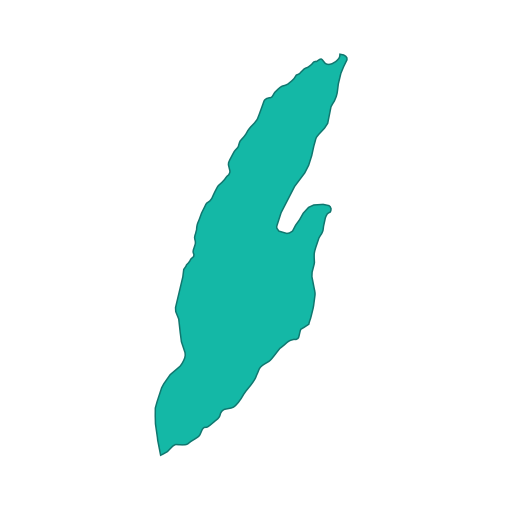 the district of Nuevo San Carlos, Retalhuleu, Guatemala, rotated 13°
{"feature_id": "79465075B2823208304542", "entity_name": "Nuevo San Carlos", "entity_type": "district", "adm_level": 2, "iso_a3": "GTM", "parent_name": "Guatemala", "parent_adm1": "Retalhuleu", "projection": "equal_earth", "projection_center": [-91.689, 14.629], "detail": "fine", "context": "isolated", "style": "filled", "palette": "teal", "viewbox_px": 512, "rotation_deg": 13, "n_neighbors": 0, "source": "geoboundaries", "source_scale": "gbopen_adm2", "svg_char_len": 4042}
<svg xmlns="http://www.w3.org/2000/svg" viewBox="0 0 512 512"><g transform="rotate(13 256 256)"><path d="M211.5,179.1L211.7,180.7L211.1,183.2L210.4,184.0L209.7,185.0L209.0,186.5L208.1,188.7L206.2,192.0L203.8,195.4L203.1,196.7L202.6,198.4L201.6,202.2L200.9,205.3L200.0,209.8L199.3,211.4L198.6,212.8L197.8,213.7L197.0,214.6L196.2,215.4L195.5,217.0L195.2,218.5L193.3,226.5L192.6,232.3L192.2,234.9L191.9,236.4L191.7,238.3L191.7,239.7L191.8,241.4L192.0,242.7L192.2,243.9L192.1,245.6L192.1,247.6L191.9,249.5L192.0,251.8L192.8,253.8L193.5,255.1L194.1,257.1L194.1,258.8L193.6,264.1L193.7,265.7L194.1,266.9L195.2,268.5L195.4,270.5L194.5,271.8L193.8,272.7L193.1,273.9L192.8,275.4L191.7,278.0L190.9,279.3L190.3,280.3L190.0,281.9L188.6,285.3L189.4,292.8L189.2,324.4L190.3,328.2L194.9,334.8L199.3,347.4L202.6,356.3L208.6,366.1L209.4,368.7L209.5,371.3L209.0,374.2L208.2,377.2L206.9,380.4L199.1,390.9L194.9,401.3L193.7,405.7L192.4,420.2L192.1,426.8L193.8,434.5L195.8,442.2L200.8,455.1L201.7,457.7L207.9,471.6L210.1,469.8L213.7,466.5L215.3,463.8L217.5,460.2L219.1,458.5L219.9,457.9L220.8,457.6L222.3,457.4L223.4,457.2L224.9,456.9L226.7,456.6L228.1,456.2L229.5,455.8L230.4,455.4L231.7,454.5L232.5,453.5L234.2,451.4L239.3,446.3L240.7,444.7L241.5,443.0L242.0,440.6L242.2,439.4L242.7,436.9L243.5,435.4L244.3,434.6L245.7,434.2L246.6,433.9L247.7,433.0L248.4,432.2L249.2,431.3L253.2,426.0L255.4,423.2L256.4,421.1L256.7,419.8L256.8,418.1L256.9,416.9L257.6,415.0L258.6,413.6L259.6,412.6L261.3,411.8L266.0,409.7L267.8,408.5L268.6,407.7L269.7,406.3L270.5,404.9L271.8,402.5L272.5,400.8L273.6,398.2L275.1,393.5L276.0,391.3L276.6,389.8L279.8,383.3L281.4,379.6L282.5,376.5L283.0,374.7L283.3,372.4L283.9,369.4L284.3,366.8L284.6,365.2L285.3,363.4L286.3,361.9L287.1,360.9L288.6,359.3L292.3,355.8L293.4,354.3L294.5,352.4L296.1,349.1L298.4,344.1L300.0,340.7L301.2,339.3L303.7,336.1L305.5,333.5L306.4,332.4L307.9,330.9L309.1,330.1L311.7,328.7L313.0,328.5L314.0,328.2L315.3,327.0L315.8,326.0L315.9,324.4L315.9,323.1L315.9,319.4L316.1,317.4L317.2,316.3L318.7,314.9L322.8,310.6L322.8,308.8L323.0,306.4L323.2,304.6L323.3,301.4L323.4,294.3L323.3,291.5L323.1,289.4L322.3,281.1L322.1,279.9L321.8,278.7L320.9,276.4L320.3,275.2L317.5,268.9L315.8,265.1L315.1,263.5L314.3,259.1L314.5,251.1L314.4,249.2L313.8,247.1L313.0,244.3L312.5,242.1L312.2,240.6L312.1,238.6L312.1,237.3L312.2,235.8L312.3,234.1L313.1,226.0L313.2,224.6L313.7,222.8L314.4,220.8L314.9,219.6L315.2,218.2L315.5,216.3L315.4,214.4L315.2,212.8L315.1,211.5L315.0,203.2L315.3,201.3L315.9,199.1L316.9,197.8L318.5,196.4L318.7,194.9L318.5,193.1L317.2,191.3L315.7,190.5L309.8,190.6L300.8,193.3L296.3,196.8L292.4,203.7L290.3,210.8L287.7,217.0L286.0,223.5L283.5,226.0L281.0,227.1L274.3,226.7L272.7,226.6L270.0,224.2L269.5,222.4L270.7,208.1L278.0,179.4L284.8,164.1L286.9,155.7L287.7,145.7L287.6,135.8L287.8,131.5L287.9,128.2L288.3,126.4L289.8,123.3L294.0,116.0L296.0,110.6L295.5,93.7L296.4,90.5L297.5,87.3L298.3,82.6L298.4,79.3L298.2,76.5L297.5,69.8L297.6,58.9L298.8,51.7L300.5,44.4L300.0,42.5L298.5,41.2L296.2,40.4L292.4,40.5L292.7,42.7L292.3,44.9L290.9,47.3L289.9,48.7L286.9,51.5L285.6,52.2L283.9,53.0L281.7,53.2L279.9,52.6L278.5,51.5L276.3,49.8L275.1,49.4L273.8,50.1L272.5,51.5L271.2,52.9L270.2,53.0L268.7,53.9L268.0,55.0L267.5,56.1L266.5,57.6L265.6,58.7L264.4,60.1L263.5,60.9L262.6,61.4L261.7,62.1L260.6,63.2L259.9,64.4L258.4,66.7L257.5,68.4L256.0,69.7L254.6,70.6L254.0,72.3L253.1,74.7L251.6,77.1L250.8,78.2L249.4,80.0L248.6,81.1L247.3,82.2L245.7,83.3L243.8,84.3L242.8,85.0L241.4,86.5L239.8,88.7L238.6,90.6L237.5,92.3L236.9,94.0L236.5,95.4L235.8,97.3L234.7,98.4L233.4,98.8L230.9,100.2L229.5,101.8L229.0,103.0L228.8,104.5L228.5,107.2L227.3,117.2L226.9,119.9L226.6,122.0L226.1,123.5L225.5,124.7L224.7,126.6L222.9,129.6L221.8,131.4L220.8,133.4L219.8,135.8L218.8,139.3L217.8,141.7L217.1,143.1L216.0,145.0L214.7,147.5L214.4,149.1L214.2,151.5L214.2,153.2L213.6,154.8L212.0,157.6L211.3,159.1L210.6,161.5L209.6,165.3L208.8,168.3L208.3,171.2L208.6,173.3L209.5,175.1L211.5,179.1Z" fill="#14b8a6" stroke="#0f766e" stroke-width="1.5"/></g></svg>